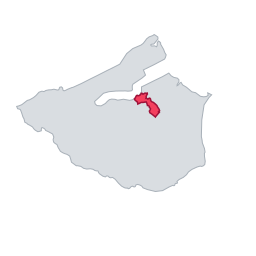 location of Kaffrine, Kaffrine, Senegal, rotated 153°
{"feature_id": "50182788B43046627101076", "entity_name": "Kaffrine", "entity_type": "district", "adm_level": 2, "iso_a3": "SEN", "parent_name": "Senegal", "parent_adm1": "Kaffrine", "projection": "robinson", "projection_center": [-15.471, 14.163], "detail": "fine", "context": "in_parent", "style": "filled", "palette": "rose", "viewbox_px": 256, "rotation_deg": 153, "n_neighbors": 0, "source": "geoboundaries", "source_scale": "gbopen_adm2", "svg_char_len": 6044}
<svg xmlns="http://www.w3.org/2000/svg" viewBox="0 0 256 256"><g transform="rotate(153 128 128)"><path d="M191.2,117.8L193.9,123.2L193.3,125.8L192.7,129.5L194.3,132.2L196.1,134.0L197.4,135.6L198.8,137.9L199.1,142.3L198.8,145.6L199.8,147.0L200.6,148.9L200.4,150.4L199.9,151.8L198.2,153.6L197.9,156.9L200.7,161.0L202.5,163.2L202.5,164.5L203.0,165.8L204.4,167.5L205.2,167.1L206.1,165.8L206.5,164.9L209.0,165.3L210.1,165.7L211.7,168.3L212.3,170.1L212.6,172.3L214.3,175.1L215.7,177.0L216.0,178.2L217.3,179.9L216.5,183.5L216.6,185.4L215.8,190.3L215.6,192.7L215.6,193.5L217.6,195.3L217.4,197.8L215.4,197.3L212.0,197.0L205.2,198.3L202.8,197.8L198.4,198.0L195.2,198.7L191.1,200.3L188.0,199.9L186.3,198.6L184.0,198.7L181.5,198.0L178.8,196.8L176.4,196.2L173.7,193.9L172.5,193.5L171.6,194.1L170.9,194.9L170.1,195.3L168.7,194.9L168.1,193.4L168.6,191.9L168.7,190.8L168.0,190.1L166.4,189.9L163.8,189.9L159.6,189.5L158.6,189.2L149.2,188.8L139.4,188.8L131.1,188.7L120.7,188.7L113.3,188.6L106.4,188.6L101.1,191.6L95.4,194.9L87.7,196.6L78.8,196.0L76.0,196.5L73.0,197.9L70.9,199.0L67.8,199.6L63.9,199.1L62.3,199.4L61.3,197.9L60.1,195.5L60.9,193.7L63.3,192.6L66.9,191.1L68.8,191.9L69.9,191.9L70.1,190.9L69.8,190.4L67.0,189.1L65.6,187.4L64.4,188.4L63.4,190.5L62.6,191.1L61.3,191.7L60.6,190.3L60.3,188.9L60.9,187.9L60.6,181.8L61.0,178.6L60.8,175.8L62.5,174.0L64.1,172.8L70.5,172.7L76.4,172.6L82.1,172.7L87.9,172.8L88.4,167.2L90.3,166.7L93.0,166.1L98.1,165.5L103.8,164.8L105.0,163.7L106.0,161.8L106.6,160.2L107.7,159.5L109.3,160.0L111.4,160.9L113.6,162.3L116.1,163.5L117.7,164.3L121.7,166.3L128.5,169.0L134.1,170.1L140.8,168.1L145.7,166.8L146.3,164.4L145.5,162.1L141.9,159.9L137.0,160.1L135.5,160.7L133.2,161.4L131.8,161.7L129.5,161.2L126.5,159.4L124.6,157.5L122.0,156.6L119.0,155.7L114.0,151.9L111.4,151.2L109.0,151.0L104.3,151.7L99.7,153.8L97.3,158.5L92.7,158.4L83.0,158.3L74.1,158.1L66.7,158.4L65.9,155.0L64.2,152.3L61.4,150.0L60.7,147.9L61.7,146.0L64.4,144.5L65.1,143.4L63.6,143.5L61.5,144.5L60.0,144.6L59.8,141.6L57.4,137.8L54.7,131.3L51.7,128.7L49.1,123.4L46.4,121.4L43.9,120.5L41.8,120.7L41.0,123.1L38.4,119.6L42.0,118.4L49.7,114.1L58.6,101.7L66.5,87.1L67.5,83.6L68.5,81.0L69.2,75.0L70.3,71.5L71.4,70.8L72.7,68.1L74.3,63.3L76.2,60.6L78.2,60.1L79.8,60.3L81.0,61.3L84.3,61.9L89.8,62.1L94.1,61.4L97.1,59.8L101.1,58.9L106.0,58.9L108.6,58.2L108.8,56.8L109.5,56.4L110.5,57.0L111.5,56.8L112.4,55.8L113.3,55.7L114.2,56.6L118.3,56.8L125.6,56.5L132.4,59.0L138.6,64.3L141.8,67.9L142.0,69.7L143.1,71.5L144.9,73.3L146.6,73.7L148.2,72.5L149.4,72.7L150.3,74.1L152.0,74.3L154.0,73.5L155.4,73.8L155.7,74.6L156.0,75.0L156.9,75.2L158.2,76.3L160.1,79.1L161.5,83.1L162.7,88.2L164.2,91.0L166.0,91.5L167.1,92.5L167.3,93.7L167.9,94.5L168.8,95.0L170.4,94.7L172.2,96.4L174.2,100.2L174.5,101.9L174.2,102.8L174.3,103.4L175.6,104.1L176.9,105.3L177.9,107.1L180.1,108.8L183.5,110.2L185.9,112.3L187.4,115.2L190.5,117.6L191.2,117.8Z" fill="#d9dde1" stroke="#a8b0b8" stroke-width="1"/><path d="M95.0,150.4L95.4,150.4L95.6,150.5L95.8,150.6L96.0,150.7L96.1,150.8L96.4,150.9L96.5,151.0L96.8,151.3L97.0,151.4L97.3,151.4L97.5,151.4L97.8,151.3L98.0,151.3L98.3,151.3L98.6,151.4L98.8,151.3L99.0,151.3L99.3,151.3L99.4,151.5L99.5,151.7L99.5,151.9L99.6,152.0L99.7,152.4L99.8,152.5L99.9,152.9L100.0,153.0L100.1,153.3L100.1,153.1L100.4,153.0L100.5,152.9L100.8,152.6L101.3,152.3L101.4,152.2L101.6,152.2L101.9,152.0L102.2,151.9L102.4,151.9L102.5,151.9L102.8,151.8L103.0,151.8L103.4,151.9L103.9,152.0L104.2,152.1L104.4,152.2L104.6,152.4L104.8,152.6L105.1,152.9L105.1,153.0L105.8,153.0L106.8,152.3L107.0,152.2L107.3,152.0L107.7,151.7L108.1,151.5L108.2,151.4L108.4,151.2L108.5,151.1L108.9,151.0L109.1,151.0L109.1,150.7L109.1,150.1L109.1,149.9L109.1,149.6L108.8,149.0L108.7,148.8L108.4,147.9L108.2,147.7L108.1,147.3L108.1,147.2L108.0,146.9L107.9,146.9L107.9,146.6L107.9,146.4L107.9,146.2L108.0,145.9L108.1,145.7L108.2,145.4L108.3,145.3L108.3,145.2L108.4,144.9L108.2,144.9L107.9,144.9L107.7,144.9L107.4,144.8L107.2,144.8L106.8,144.8L106.7,144.8L106.3,144.8L106.2,144.8L105.9,144.8L105.7,144.8L105.4,144.8L105.2,144.8L104.9,144.8L104.7,144.8L104.4,144.7L104.2,144.6L103.9,144.5L103.8,144.4L103.7,144.4L103.5,144.2L103.4,144.2L103.2,144.1L102.8,143.9L102.7,143.9L102.4,143.7L102.0,143.6L101.9,143.6L101.7,143.6L101.4,143.5L101.3,143.4L100.8,143.3L100.7,143.2L100.4,143.2L100.2,143.1L99.9,142.9L100.0,142.4L100.0,141.9L99.9,141.6L100.1,141.0L100.3,139.7L100.5,139.2L99.8,138.8L99.5,138.5L99.4,138.0L99.2,137.5L99.4,137.2L99.6,136.8L99.6,136.5L99.5,136.4L99.3,135.7L99.2,134.9L99.5,134.6L99.9,134.2L100.5,133.8L101.3,133.4L101.6,131.6L100.6,129.9L98.6,125.4L98.5,125.5L93.7,127.5L93.3,127.6L93.2,127.7L93.0,127.8L92.9,127.8L92.9,128.1L93.0,128.2L93.2,128.3L93.5,128.4L93.5,128.5L93.4,128.8L93.2,128.8L92.9,128.8L92.7,128.7L92.4,128.8L92.2,128.9L92.0,129.0L92.0,129.3L91.9,129.7L91.9,129.9L91.9,130.1L91.8,130.3L91.8,130.5L91.8,130.8L91.8,131.0L91.9,131.3L91.9,131.5L91.9,131.8L92.0,132.1L92.0,132.3L92.0,132.5L92.1,132.8L92.1,133.6L92.1,133.8L92.1,134.0L92.1,134.3L92.0,134.7L92.0,134.8L92.1,135.1L92.2,135.5L92.3,135.6L92.3,135.8L92.5,136.2L92.5,136.3L92.6,136.5L92.7,136.8L92.8,136.9L92.8,137.1L92.9,137.4L93.0,137.5L93.1,137.8L93.2,138.0L93.3,138.2L93.3,138.3L93.4,138.5L93.5,138.7L93.5,138.8L93.6,139.0L93.8,139.3L93.9,139.5L94.0,139.6L94.2,139.8L94.5,140.1L94.7,140.3L94.8,140.5L94.9,140.8L95.0,140.9L95.0,141.0L95.1,141.4L95.2,141.6L95.3,141.8L95.3,142.3L95.2,142.4L95.2,142.5L95.1,142.8L95.0,143.1L94.9,143.2L94.9,143.4L94.8,143.5L94.8,144.0L94.9,144.4L95.0,144.6L95.2,144.8L95.3,144.8L95.5,144.8L95.8,144.9L96.0,144.9L96.3,144.9L96.5,144.9L96.9,144.8L97.0,144.8L97.2,144.7L97.3,144.8L97.4,145.0L97.5,145.2L97.6,145.4L97.7,145.5L97.8,145.6L97.9,145.8L98.0,146.2L98.1,146.3L98.2,146.5L98.3,146.5L98.2,146.6L98.0,146.8L97.9,146.8L97.8,147.1L97.8,147.4L97.8,147.5L97.7,147.7L97.4,147.9L97.4,148.0L97.0,148.3L96.7,148.5L96.5,148.8L96.4,148.9L96.3,149.0L96.2,149.0L95.9,149.2L95.7,149.3L95.4,149.4L95.4,149.5L95.2,149.8L95.1,150.0L95.0,150.3L95.0,150.4Z" fill="#f43f5e" stroke="#9f1239" stroke-width="1.5"/></g></svg>